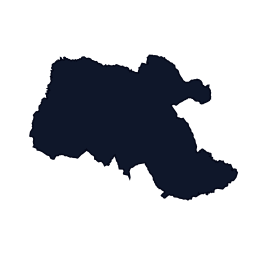 outline of Paltas, Loja, Ecuador, rotated 168°
{"feature_id": "8360857B19688519580687", "entity_name": "Paltas", "entity_type": "district", "adm_level": 2, "iso_a3": "ECU", "parent_name": "Ecuador", "parent_adm1": "Loja", "projection": "robinson", "projection_center": [-79.812, -4.002], "detail": "fine", "context": "isolated", "style": "filled", "palette": "ink", "viewbox_px": 256, "rotation_deg": 168, "n_neighbors": 0, "source": "geoboundaries", "source_scale": "gbopen_adm2", "svg_char_len": 5767}
<svg xmlns="http://www.w3.org/2000/svg" viewBox="0 0 256 256"><g transform="rotate(168 128 128)"><path d="M80.9,45.5L79.7,47.6L78.0,47.8L75.9,46.8L73.4,47.7L72.6,49.3L72.3,48.3L71.9,48.1L70.8,48.7L68.8,48.6L67.8,48.2L66.9,48.7L65.4,48.4L65.0,47.7L65.1,46.8L64.3,46.4L63.6,47.0L64.3,48.1L63.0,48.6L62.0,47.7L59.8,48.7L59.5,47.7L58.6,47.9L57.5,47.5L56.7,49.8L55.6,50.5L52.9,50.6L48.0,48.8L45.4,50.6L43.0,50.8L42.4,51.6L42.4,53.0L41.8,53.6L40.6,53.7L39.3,53.3L37.8,55.3L36.2,54.8L35.3,55.2L32.8,57.4L30.4,61.6L31.0,63.2L31.4,63.4L30.9,64.5L31.1,65.0L32.2,65.6L33.4,65.6L34.5,64.6L35.3,65.1L35.5,65.9L34.3,66.6L34.8,67.8L35.2,70.5L35.7,71.0L37.0,70.9L38.5,72.4L39.6,71.9L41.6,73.8L41.9,75.7L43.0,75.6L45.2,77.0L47.6,75.8L48.5,77.3L48.9,77.3L49.2,76.8L49.6,77.6L50.3,77.9L50.5,78.6L52.2,79.4L52.8,80.5L51.6,81.0L51.6,81.4L53.8,83.3L52.6,83.7L52.4,85.7L53.3,86.3L54.6,86.1L54.8,87.3L55.8,87.5L57.1,88.8L57.7,90.0L58.6,89.9L58.8,91.0L59.4,91.7L60.0,91.8L61.6,90.9L62.3,90.9L62.9,89.4L63.8,89.8L65.2,89.3L66.2,90.1L66.0,91.1L66.4,92.2L65.0,95.5L65.1,97.9L65.5,98.6L65.3,102.3L66.5,105.6L65.9,107.4L66.2,109.5L67.2,110.5L67.2,113.3L68.6,117.0L68.5,119.4L68.8,120.1L70.2,121.4L72.1,125.9L73.6,125.7L75.1,126.3L75.9,127.0L76.5,126.7L77.0,127.6L78.0,127.7L78.1,129.6L77.5,131.2L77.7,132.2L81.2,140.6L81.0,141.4L80.4,141.6L78.0,142.0L76.6,140.7L75.9,140.5L72.3,142.4L70.6,142.7L70.3,143.2L69.4,143.0L67.5,143.9L65.8,144.1L64.8,144.7L64.2,144.5L63.1,145.4L61.5,144.9L60.9,145.1L58.7,143.6L57.7,143.4L57.6,142.3L56.8,141.7L56.7,141.0L56.2,140.9L55.8,140.3L53.9,140.0L53.0,139.5L52.2,138.8L52.0,137.2L51.2,136.5L49.4,136.4L48.8,137.3L48.3,136.8L45.2,137.4L42.7,138.2L42.3,139.0L41.3,139.4L41.4,140.3L40.8,141.2L40.9,143.1L40.0,145.3L40.1,147.2L39.8,147.8L40.2,148.2L40.3,149.2L41.1,150.1L40.1,153.0L41.3,153.1L43.3,152.1L43.3,151.8L45.2,152.7L45.3,153.6L45.8,153.6L46.4,154.9L46.9,155.4L46.3,156.4L47.0,158.6L48.7,160.4L49.5,160.2L49.8,160.9L50.4,161.2L50.9,160.8L52.8,161.2L55.4,161.1L56.0,161.4L58.7,159.9L62.3,160.5L64.5,162.9L65.2,165.3L66.1,167.2L67.0,170.1L67.2,173.4L68.0,174.7L69.6,176.3L69.5,179.6L70.5,180.3L71.6,182.1L73.1,182.8L74.7,185.0L75.8,185.6L76.9,187.1L77.6,187.4L77.8,189.0L79.2,188.9L80.4,190.5L81.5,190.7L82.4,190.4L83.2,190.8L84.0,191.7L84.6,191.9L84.6,192.3L87.1,193.1L88.0,193.0L88.9,193.8L92.0,194.6L93.3,193.3L94.4,192.8L94.2,191.5L95.8,188.4L95.8,188.1L94.8,187.7L94.9,186.8L97.7,186.5L98.6,187.3L100.8,188.2L102.1,186.5L102.8,185.0L104.6,184.6L104.8,182.8L105.8,181.4L106.1,179.7L106.4,179.7L109.4,180.6L111.5,182.3L112.7,182.5L112.9,184.0L114.4,183.0L114.7,184.2L115.6,185.0L115.3,186.1L115.9,186.9L117.0,187.6L118.5,187.5L119.3,188.4L119.9,188.4L120.3,189.4L122.2,189.5L125.8,192.0L126.4,192.2L128.4,191.3L129.2,192.0L130.7,191.8L133.0,192.6L133.8,193.3L136.1,192.6L136.7,194.2L137.7,193.6L139.6,193.6L140.3,194.5L140.9,194.7L140.6,195.3L140.9,195.8L143.1,197.1L144.1,197.2L144.7,199.0L145.3,199.5L146.3,199.4L148.0,200.8L149.5,201.5L150.2,203.0L151.1,203.8L152.1,204.3L154.3,204.4L156.2,206.6L158.1,206.7L159.8,205.1L160.8,205.6L161.4,205.1L163.6,205.1L164.4,204.5L165.4,205.6L166.3,205.0L168.0,206.0L169.7,205.6L171.3,207.1L172.2,207.1L172.7,208.1L173.5,208.5L174.2,208.3L174.8,209.9L175.6,210.4L176.1,210.2L176.1,208.0L177.2,207.9L178.5,208.7L178.8,210.3L179.3,210.7L179.7,208.3L181.0,208.2L182.2,208.9L182.8,207.9L183.8,208.3L184.3,207.5L184.9,207.6L186.2,206.4L187.3,206.4L188.6,205.8L188.9,205.3L188.9,204.0L189.9,202.9L190.0,201.9L189.1,200.8L189.2,200.0L189.9,199.5L191.1,199.9L191.0,198.3L192.0,196.8L191.6,195.6L193.1,194.4L193.0,193.9L192.0,193.3L193.2,192.1L193.0,189.8L195.2,187.2L197.3,186.4L197.5,185.1L197.2,183.6L198.6,183.3L196.9,181.7L196.9,181.0L199.3,181.0L199.4,180.6L198.5,179.1L198.8,178.4L200.7,179.0L201.2,178.5L200.6,177.4L201.0,175.1L200.4,174.6L200.7,173.7L201.4,173.3L203.8,174.6L206.1,173.5L206.6,171.5L207.4,171.0L207.5,169.8L207.9,169.2L210.3,167.8L210.5,166.3L210.9,166.0L210.6,165.0L211.3,163.8L211.5,162.9L213.0,162.3L213.5,162.9L214.6,162.7L217.7,160.2L217.4,158.4L218.4,155.7L219.4,154.6L219.8,153.2L220.6,152.5L220.4,150.4L221.1,149.4L220.8,147.8L224.1,144.3L225.6,140.5L225.0,140.0L223.6,139.8L222.7,138.8L222.3,137.7L222.5,136.1L223.3,134.2L223.4,131.9L222.9,131.0L224.5,129.3L221.3,127.2L221.3,125.4L219.3,124.7L216.7,122.9L212.6,118.5L210.4,117.5L209.6,114.4L207.8,113.2L206.8,113.1L205.1,115.2L204.0,116.0L202.0,115.6L200.3,116.5L199.4,116.0L198.9,116.2L196.4,115.4L195.3,114.1L193.4,113.9L192.2,112.7L191.3,112.5L190.7,111.7L189.1,111.6L187.6,110.7L186.9,111.0L186.2,110.3L184.8,110.0L184.0,109.3L183.4,109.3L179.5,112.0L177.6,112.7L174.0,114.6L174.1,115.4L173.3,115.4L173.0,115.7L172.3,114.2L171.0,113.2L169.0,109.8L166.9,108.1L166.5,106.7L166.9,104.5L165.4,103.7L165.1,102.7L163.8,101.2L160.9,101.3L159.2,98.4L158.7,96.0L157.1,96.5L155.9,96.4L155.1,95.7L154.5,96.0L154.1,96.4L154.7,97.0L154.3,97.0L153.4,98.1L153.0,98.0L151.5,99.3L151.5,100.7L149.5,101.5L147.8,103.7L146.5,104.2L146.6,103.2L146.0,101.3L145.8,98.1L145.0,96.7L145.1,94.3L144.5,93.1L144.9,92.2L144.9,89.9L141.3,89.0L140.8,88.2L140.6,86.4L141.7,84.7L141.7,83.9L137.4,81.9L136.8,78.5L136.4,79.4L136.2,85.4L134.5,88.1L132.8,89.0L131.7,88.8L127.9,90.7L126.9,90.3L125.6,91.0L118.9,90.7L118.1,89.9L118.4,88.5L117.9,87.8L117.5,86.3L116.7,85.4L116.9,83.2L116.0,81.7L116.1,80.6L115.4,78.8L114.3,77.5L113.7,75.4L113.4,74.4L113.8,72.0L113.1,70.9L113.0,69.0L112.5,68.8L112.4,66.6L111.4,65.0L111.3,64.2L110.3,63.5L110.0,62.4L109.1,62.4L107.9,61.3L107.4,60.4L105.5,58.8L105.5,57.3L107.3,56.5L109.3,55.1L108.8,54.1L107.8,53.5L107.3,52.3L106.5,52.0L102.9,54.0L101.1,54.3L100.0,53.4L97.8,53.0L97.1,51.2L94.4,50.4L93.1,49.8L92.3,48.9L89.5,47.9L88.6,47.1L85.8,46.7L84.3,45.3L82.9,46.1L80.9,45.5Z" fill="#0f172a" stroke="#020617" stroke-width="1.5"/></g></svg>